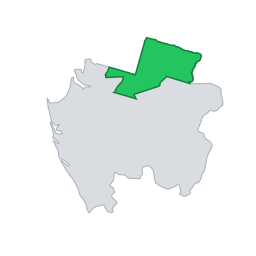 where Wouleu-Ntem sits in Gabon, rotated 16°
{"feature_id": "GAB-2187", "entity_name": "Wouleu-Ntem", "entity_type": "Province", "adm_level": 1, "iso_a3": "GAB", "parent_name": "Gabon", "parent_adm1": "", "projection": "albers", "projection_center": [12.153, 1.276], "detail": "fine", "context": "in_parent", "style": "filled", "palette": "green", "viewbox_px": 256, "rotation_deg": 16, "n_neighbors": 0, "source": "natural_earth", "source_scale": "10m", "svg_char_len": 5874}
<svg xmlns="http://www.w3.org/2000/svg" viewBox="0 0 256 256"><g transform="rotate(16 128 128)"><path d="M178.5,40.2L178.4,42.3L176.1,47.4L174.9,51.3L174.7,55.5L175.3,58.9L176.5,61.3L177.2,63.9L176.6,65.7L175.5,66.5L176.3,67.4L178.0,67.6L180.9,66.8L185.4,65.4L191.3,63.4L195.1,62.3L201.5,63.0L204.9,63.7L206.7,65.1L208.6,71.1L209.5,72.0L211.0,74.6L212.3,77.7L212.6,79.2L212.5,80.3L211.2,82.0L209.7,84.4L209.2,85.9L208.0,87.0L206.4,88.1L202.2,88.5L201.5,89.2L200.3,91.8L198.1,94.0L197.1,96.0L196.2,98.8L196.4,102.2L195.9,107.2L195.5,110.5L196.6,111.7L201.7,112.5L202.7,113.1L204.0,115.2L205.8,117.1L210.4,118.4L212.3,119.8L213.7,121.5L213.9,122.8L212.9,128.2L211.9,133.3L212.3,137.2L212.7,140.9L213.2,146.4L213.0,149.7L211.7,151.7L211.7,153.3L212.3,155.2L211.1,160.5L210.4,161.4L208.3,162.4L207.2,163.8L206.8,166.1L205.7,169.1L204.6,170.2L204.6,171.7L205.7,172.7L205.7,174.3L203.6,176.2L202.3,177.6L199.5,178.3L196.4,177.6L195.6,176.5L196.4,174.9L196.1,173.6L195.0,172.2L193.3,168.7L191.8,167.9L190.9,169.4L188.4,172.1L183.8,175.5L180.6,175.8L174.7,174.8L169.7,173.1L167.3,169.1L165.9,165.7L163.8,161.8L161.4,160.0L158.8,158.8L157.7,158.7L154.1,160.9L153.0,161.7L153.0,163.6L153.4,165.3L153.9,166.1L154.4,167.2L154.3,168.9L153.7,171.1L153.4,173.6L142.1,176.1L140.1,175.2L138.7,174.1L136.9,174.3L132.0,175.5L130.2,174.6L128.4,174.0L127.6,174.5L127.5,175.6L128.3,181.5L128.0,183.7L126.9,186.6L126.4,188.6L129.4,189.2L130.5,190.1L131.5,191.6L133.0,193.0L133.1,193.8L131.4,195.3L130.9,197.2L131.6,198.7L133.7,200.2L136.7,201.8L138.2,202.9L138.0,203.8L136.6,205.9L136.1,207.6L135.1,209.2L135.3,210.6L136.7,212.0L136.5,213.2L135.6,214.1L133.8,213.9L132.2,214.0L130.8,213.6L126.3,209.0L125.3,208.8L118.9,212.4L117.3,213.9L116.0,216.0L114.2,220.5L111.3,217.9L108.7,213.0L105.8,210.0L99.6,205.2L98.0,201.7L90.9,193.8L80.7,186.0L73.4,179.1L72.3,177.6L73.5,177.8L80.6,181.2L81.6,180.8L82.4,180.1L79.3,178.3L76.4,176.9L73.7,176.0L70.9,176.1L69.4,174.6L68.4,172.5L67.9,170.6L66.7,168.6L62.8,164.6L61.8,163.0L59.7,160.9L61.0,160.6L65.2,162.6L65.5,161.8L65.2,160.6L61.0,158.7L58.7,158.6L58.2,157.2L58.5,155.6L55.5,149.7L52.4,145.3L51.9,143.2L60.3,152.8L61.4,153.0L62.9,152.9L66.4,151.9L65.7,150.6L64.2,149.2L62.6,149.8L60.7,150.0L59.6,149.4L59.2,148.4L61.2,143.7L60.3,144.0L59.7,144.8L58.6,145.2L56.9,145.4L52.8,142.9L49.1,136.2L48.2,134.8L47.2,132.5L46.2,131.5L42.1,121.9L43.7,122.6L45.6,125.4L49.3,124.8L50.8,123.2L52.0,123.3L53.3,122.9L55.0,121.4L59.7,114.8L61.0,106.1L60.6,101.0L59.9,95.8L61.5,94.2L62.1,95.3L62.4,97.1L63.2,98.5L64.9,99.7L68.0,100.0L72.9,101.9L74.6,103.1L75.1,100.7L80.7,98.7L79.0,97.9L74.1,98.7L67.2,95.6L64.9,93.7L62.8,89.9L60.6,88.0L60.8,86.3L65.7,84.7L67.0,84.8L67.5,86.8L68.9,87.6L69.4,87.3L69.6,85.7L69.6,81.3L68.1,75.0L68.6,73.8L69.9,73.3L71.1,72.5L72.0,72.3L73.6,72.5L74.5,74.0L74.9,74.8L76.6,75.1L78.0,75.9L79.1,75.7L80.1,74.8L81.6,74.6L86.0,74.6L90.1,74.7L98.2,74.7L106.2,74.7L114.3,74.8L120.4,74.8L120.4,71.2L120.4,65.6L120.3,59.1L120.3,52.8L120.3,47.0L120.2,40.1L120.6,38.1L121.0,37.3L120.8,36.1L127.1,36.1L138.4,36.6L143.3,36.5L144.7,36.6L150.9,36.3L155.9,36.7L158.0,37.2L159.9,37.4L165.9,37.7L173.7,37.3L176.4,37.4L177.8,38.4L178.5,40.2Z" fill="#d9dde1" stroke="#a8b0b8" stroke-width="1"/><path d="M130.0,35.5L130.4,35.5L130.7,35.7L131.3,36.2L132.8,36.7L133.3,36.7L134.3,36.6L136.9,36.7L139.1,36.5L141.4,36.6L143.1,36.5L143.7,36.5L144.9,36.7L146.2,36.7L146.8,36.6L147.9,36.2L148.5,36.2L148.8,36.1L149.4,35.7L149.7,35.7L150.1,35.8L151.0,36.4L151.6,36.6L153.2,36.2L154.3,36.3L156.0,36.8L156.5,37.0L157.2,36.8L157.7,37.2L158.4,37.4L162.4,38.0L163.0,37.9L163.4,37.6L163.8,37.4L164.1,37.2L164.6,37.3L165.3,37.6L165.9,37.8L166.2,37.4L166.6,37.6L167.0,37.6L167.3,37.5L167.6,37.2L168.5,37.5L169.0,37.6L169.3,37.5L169.7,37.3L170.2,37.4L171.0,37.8L172.3,37.6L172.6,37.5L173.2,36.9L173.5,36.7L173.8,36.6L174.7,36.6L175.5,36.8L175.9,37.1L176.1,37.2L176.4,37.2L176.8,37.0L177.0,37.0L177.4,37.1L177.8,37.4L178.3,37.8L178.6,38.2L178.7,38.6L178.6,39.5L178.6,40.2L178.6,42.0L178.5,43.0L178.2,43.7L177.1,44.3L176.9,44.4L176.4,45.0L176.2,45.1L176.0,45.5L176.1,46.0L176.1,46.3L175.9,46.5L175.7,46.7L175.5,47.0L175.3,47.3L175.1,47.8L174.8,47.9L174.6,48.0L175.0,48.5L175.3,49.1L175.4,49.3L175.5,49.7L175.5,50.1L175.2,51.2L175.0,51.7L174.7,52.1L174.3,52.3L174.5,52.8L174.4,53.3L174.2,53.9L174.1,54.5L174.3,55.9L174.2,56.6L173.7,57.2L174.2,58.0L174.7,58.8L174.9,58.6L175.3,58.8L175.5,59.2L175.5,59.6L175.3,60.0L175.9,60.3L176.5,61.8L177.0,62.1L176.9,62.3L177.0,63.7L176.9,63.9L177.0,64.2L177.1,64.4L177.3,64.7L177.2,64.9L177.1,65.0L176.8,65.6L176.4,65.9L175.9,66.1L175.4,66.1L175.2,66.3L175.1,66.7L174.9,67.1L174.3,67.1L174.6,67.4L175.0,67.6L175.3,68.2L150.7,67.8L150.7,68.1L150.6,68.4L150.6,68.5L150.2,69.0L150.1,69.3L150.0,69.7L150.0,69.8L149.9,69.9L149.5,70.3L148.9,71.4L148.9,71.5L148.4,72.1L148.3,72.4L148.2,72.5L147.9,73.2L147.6,73.6L146.8,74.7L146.8,74.8L146.6,75.3L146.6,75.9L146.7,77.0L146.6,77.5L146.7,77.8L146.7,78.0L146.6,78.8L146.4,79.1L146.2,79.3L124.8,93.8L124.6,94.0L124.7,94.5L127.7,97.7L104.7,97.6L104.9,97.4L105.1,97.2L105.4,96.7L105.6,96.4L105.6,96.2L105.6,95.7L105.4,94.7L105.5,94.4L105.7,94.1L105.8,94.0L105.9,93.9L106.0,93.5L106.1,92.8L106.7,90.6L106.8,90.3L107.2,89.7L107.3,89.2L107.5,88.9L107.6,88.7L107.9,88.4L108.0,88.2L108.3,86.9L108.5,86.6L109.0,86.3L109.0,86.1L109.1,85.9L109.2,85.3L109.5,84.4L109.6,84.1L109.7,82.0L109.6,81.4L109.3,80.2L109.2,80.1L108.9,80.1L93.4,85.4L93.0,85.5L92.7,85.5L92.6,85.2L92.3,84.3L92.2,84.0L92.0,83.8L91.6,83.1L91.5,82.7L91.7,82.1L92.1,81.0L92.4,80.4L92.9,78.9L93.1,74.7L93.7,74.7L102.6,74.7L109.4,74.8L111.5,74.8L120.4,74.8L120.4,67.0L120.4,59.2L120.3,53.0L120.3,51.4L120.3,43.6L120.3,41.3L120.0,40.1L120.2,39.8L120.3,39.5L120.4,39.1L120.4,38.7L120.4,38.2L120.6,37.9L120.9,37.6L121.0,37.2L121.0,36.8L120.9,36.4L120.9,36.1L128.8,35.8L129.6,35.5L130.0,35.5Z" fill="#22c55e" stroke="#15803d" stroke-width="1.5"/></g></svg>